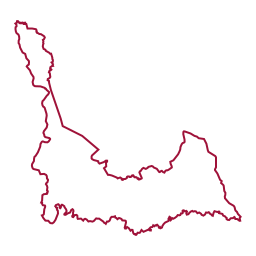 Xaysetha, Attapu, Laos
{"feature_id": "54806243B4321376255205", "entity_name": "Xaysetha", "entity_type": "district", "adm_level": 2, "iso_a3": "LAO", "parent_name": "Laos", "parent_adm1": "Attapu", "projection": "robinson", "projection_center": [107.034, 14.975], "detail": "fine", "context": "isolated", "style": "outline", "palette": "rose", "viewbox_px": 256, "rotation_deg": 0, "n_neighbors": 0, "source": "geoboundaries", "source_scale": "gbopen_adm2", "svg_char_len": 5768}
<svg xmlns="http://www.w3.org/2000/svg" viewBox="0 0 256 256"><path d="M16.6,33.2L18.4,34.5L19.1,36.4L19.3,39.1L18.7,40.5L18.6,43.1L19.5,44.5L20.1,47.6L22.6,52.5L25.2,53.9L26.4,58.3L28.8,60.9L29.0,62.0L28.8,64.5L27.2,65.7L26.7,66.5L29.9,70.3L31.1,73.5L33.5,77.0L33.6,78.5L32.6,82.0L33.2,84.8L34.1,85.7L35.0,86.2L40.5,86.4L44.8,87.9L45.2,88.7L45.9,88.8L46.6,89.9L49.0,92.0L48.9,93.1L48.1,94.5L46.8,95.7L43.9,99.8L42.5,101.2L42.1,103.3L42.5,105.3L43.3,106.7L44.1,107.1L44.7,107.9L46.5,113.8L46.7,115.7L45.8,121.1L47.4,124.5L46.7,127.5L43.9,131.2L43.4,132.9L44.2,134.6L44.4,136.0L45.3,137.1L49.4,138.1L50.1,138.8L50.1,139.3L48.7,141.4L47.5,142.3L44.9,142.2L42.8,141.4L41.8,141.8L40.5,144.0L40.2,146.7L37.9,152.3L35.6,155.9L34.5,156.8L34.1,158.4L33.9,161.1L32.1,164.1L31.9,165.8L32.5,167.9L33.4,169.0L38.8,170.3L40.4,174.2L44.1,173.9L46.1,174.9L46.8,176.1L47.0,178.6L47.9,179.5L48.0,180.2L47.4,182.3L46.3,183.2L45.9,184.1L46.9,185.6L47.4,187.3L47.0,190.4L47.8,191.2L47.0,192.7L47.4,192.9L46.9,193.9L43.8,194.2L42.4,195.2L42.1,200.6L41.2,202.6L42.1,202.8L42.1,203.9L42.8,205.2L44.9,205.5L45.2,206.1L45.1,207.1L44.3,209.2L43.8,214.2L43.1,215.0L41.9,215.4L43.4,218.1L45.4,220.6L48.3,220.8L50.1,222.9L50.9,223.2L52.5,223.3L53.9,222.2L55.5,219.8L58.0,213.5L57.8,210.7L57.2,210.1L57.2,209.4L56.9,209.1L57.0,207.7L56.0,207.4L55.7,206.5L55.3,206.2L55.8,205.2L58.2,204.2L58.7,204.5L59.5,205.8L59.9,206.7L59.6,207.7L60.2,208.2L60.8,207.6L60.9,206.6L61.6,204.8L62.3,204.8L64.3,206.2L64.5,207.1L66.1,209.4L66.6,211.0L66.3,211.9L64.3,214.2L64.5,214.7L65.6,214.8L67.7,213.4L70.1,212.5L71.3,209.9L72.5,209.2L73.2,209.9L73.5,211.1L73.1,212.1L73.0,214.9L72.2,216.1L72.5,216.9L73.2,217.1L74.7,215.1L76.5,214.9L77.3,215.6L77.5,218.3L77.8,218.9L81.0,218.6L83.2,220.6L84.2,219.2L85.1,218.8L86.6,219.5L88.4,221.5L90.0,221.1L92.5,221.6L93.8,221.0L96.2,218.4L97.7,218.7L99.1,218.6L103.2,221.5L104.3,222.9L105.2,223.2L105.8,223.8L107.0,221.5L108.5,221.5L109.7,220.5L110.8,217.6L111.8,216.8L113.2,216.9L115.0,216.3L115.3,217.6L116.4,218.0L117.4,219.2L119.0,218.0L120.3,218.4L121.5,219.0L122.3,220.4L125.2,220.6L125.8,221.0L126.0,222.5L124.7,227.7L125.1,228.5L126.0,228.5L126.6,227.3L127.1,227.0L128.9,228.3L130.5,230.7L131.7,229.8L132.5,229.9L133.3,233.1L134.0,234.0L135.1,234.0L135.3,234.7L136.0,234.9L136.4,234.7L137.6,232.7L139.1,232.9L140.0,232.6L141.5,230.0L143.5,231.8L148.4,229.6L149.6,230.4L150.8,230.5L150.9,229.8L149.5,229.2L149.2,228.8L150.6,227.3L152.4,227.0L153.2,225.3L154.4,226.2L155.3,225.3L156.1,225.6L156.5,225.0L157.1,224.7L158.4,226.0L158.9,227.5L159.9,227.1L160.1,228.2L160.5,228.3L162.0,227.5L162.4,226.0L163.7,224.0L165.2,222.5L168.6,220.9L168.8,220.0L168.4,219.0L169.5,216.8L170.6,217.5L170.0,219.5L170.6,220.3L172.5,218.2L173.4,218.7L175.0,217.8L176.7,216.5L177.7,215.1L179.5,215.3L180.3,215.0L181.0,213.4L182.2,213.4L182.7,213.0L182.9,212.1L182.5,211.0L183.2,210.3L184.1,210.5L185.0,211.4L186.3,210.9L187.0,211.6L186.3,213.4L186.8,214.6L188.4,214.2L189.3,212.9L190.9,211.5L192.3,210.9L193.2,211.6L194.7,211.2L195.9,211.4L197.4,213.2L199.2,212.5L201.1,213.8L201.6,214.8L203.4,215.6L205.0,214.5L206.0,212.5L207.8,212.7L208.6,212.2L209.3,212.5L209.8,213.6L211.3,214.5L211.9,215.4L212.8,215.8L213.6,212.8L214.5,211.2L217.3,212.0L219.0,211.5L219.3,211.7L218.8,212.8L218.9,213.1L222.4,213.9L223.1,215.5L225.2,216.5L225.9,217.5L226.7,218.0L226.6,219.1L227.6,219.8L229.2,220.0L230.7,218.3L233.1,218.1L234.3,217.0L234.7,217.3L235.3,219.0L237.1,219.0L239.5,220.8L240.2,220.7L239.6,218.2L240.6,216.8L237.9,213.9L236.9,211.8L235.7,210.8L235.2,209.8L234.6,207.2L233.7,205.8L229.2,203.2L225.0,198.3L224.8,196.4L225.3,195.0L225.4,192.8L224.3,191.0L223.7,185.8L223.3,185.0L221.1,183.0L221.7,181.1L220.1,179.8L217.4,173.5L215.0,170.1L215.0,169.3L216.0,167.3L216.0,157.3L215.3,156.1L208.4,151.8L207.8,150.2L206.4,143.7L204.0,139.0L198.7,138.2L196.9,136.6L194.5,135.9L190.6,133.5L184.6,131.4L183.8,131.4L183.4,132.0L183.3,134.2L184.5,139.4L184.6,141.9L184.1,142.5L182.6,143.1L181.7,144.2L180.5,147.0L180.2,149.6L179.5,151.4L178.1,154.3L173.4,160.3L170.3,161.8L170.6,163.7L171.7,166.3L171.8,167.5L168.4,169.9L167.1,170.4L166.3,170.3L165.3,171.0L164.4,172.6L163.1,172.1L161.9,170.9L161.3,170.9L159.7,172.1L159.2,172.0L156.8,168.8L153.8,167.5L152.9,166.5L151.7,166.0L148.4,166.9L147.6,167.9L145.8,168.9L143.4,167.9L142.1,168.9L140.5,171.2L139.8,171.4L139.4,172.5L141.8,178.1L141.6,178.5L139.7,179.4L138.8,178.6L138.5,179.3L137.5,178.7L136.9,177.6L136.2,177.2L135.7,177.1L135.1,177.4L134.4,177.2L133.3,175.3L132.3,175.3L131.8,175.7L131.8,176.3L130.7,177.0L129.6,177.0L129.5,176.6L128.0,176.4L127.4,176.6L127.0,176.9L126.9,177.9L126.1,178.5L125.2,179.0L122.7,179.1L122.8,179.8L122.3,179.9L121.7,179.5L121.6,178.4L120.2,177.5L117.6,178.4L116.9,177.6L111.9,175.5L109.5,174.9L108.0,174.9L104.0,168.2L106.2,166.4L106.0,162.8L107.1,161.6L107.1,160.7L106.0,160.6L103.8,162.1L99.5,163.6L98.4,162.5L98.2,161.2L93.9,160.1L92.2,159.2L91.6,158.4L91.6,156.5L92.0,155.5L98.4,149.6L82.2,135.9L62.7,126.1L60.7,118.6L50.9,90.0L49.1,82.8L49.0,81.0L47.6,80.2L47.8,79.0L49.5,78.1L50.3,76.9L49.8,73.2L48.9,72.3L49.5,70.8L50.4,70.5L51.4,69.6L51.2,69.3L50.5,69.4L50.1,68.9L50.4,67.2L52.0,66.0L53.0,65.9L52.6,64.9L53.0,64.2L51.6,62.4L52.8,61.8L52.9,60.0L52.4,59.2L52.3,57.6L51.1,53.7L50.2,53.8L49.3,52.8L45.8,50.8L45.4,49.7L43.6,48.9L42.8,46.5L43.0,44.8L43.5,43.5L43.1,42.8L43.4,41.4L42.9,39.9L43.9,39.3L44.8,37.5L44.2,36.3L41.0,34.2L39.3,34.0L38.0,33.1L37.2,33.0L36.7,32.4L36.8,31.5L36.4,31.4L36.4,29.9L35.9,29.2L32.0,28.5L27.5,28.5L26.3,24.0L24.8,24.0L25.3,23.4L25.2,22.7L23.6,22.8L22.9,23.3L22.2,22.6L21.1,23.3L20.7,22.8L19.8,23.2L19.6,23.1L19.8,22.6L18.9,22.3L17.9,21.1L17.0,21.2L16.8,22.7L15.4,23.5L16.5,24.9L16.5,26.4L15.6,27.2L15.5,29.1L15.9,31.6L16.6,33.2Z" fill="none" stroke="#9f1239" stroke-width="2"/></svg>